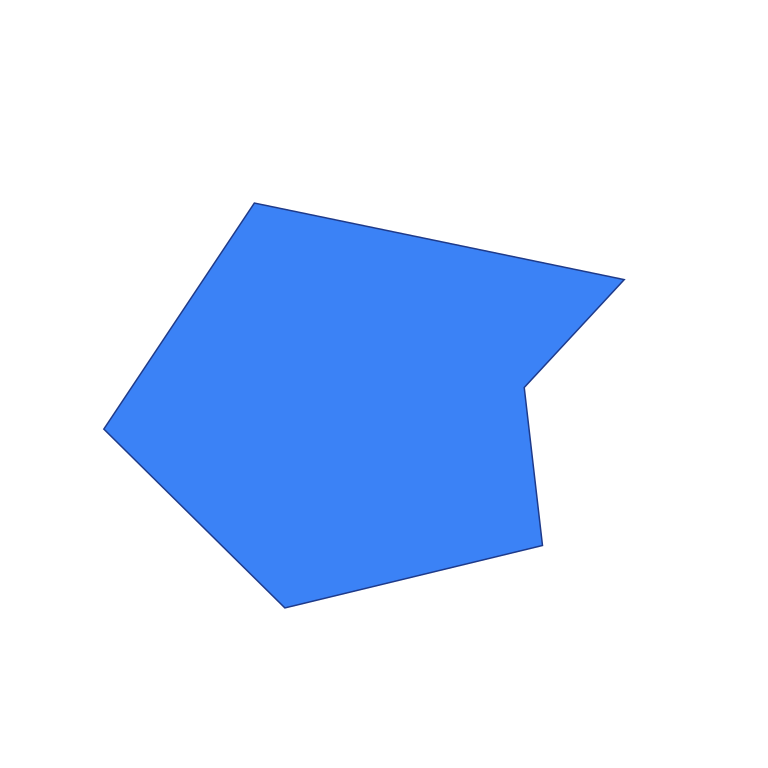 outline of Zarafshan city, Navoi, Uzbekistan, rotated 236°
{"feature_id": "79887680B3674714767305", "entity_name": "Zarafshan city", "entity_type": "district", "adm_level": 2, "iso_a3": "UZB", "parent_name": "Uzbekistan", "parent_adm1": "Navoi", "projection": "mercator", "projection_center": [64.188, 41.505], "detail": "fine", "context": "isolated", "style": "filled", "palette": "blue", "viewbox_px": 768, "rotation_deg": 236, "n_neighbors": 0, "source": "geoboundaries", "source_scale": "gbopen_adm2", "svg_char_len": 255}
<svg xmlns="http://www.w3.org/2000/svg" viewBox="0 0 768 768"><g transform="rotate(236 384 384)"><path d="M606.5,377.7L503.3,126.5L253.8,176.6L161.5,425.1L302.7,498.3L336.2,641.5L606.5,377.7Z" fill="#3b82f6" stroke="#1e3a8a" stroke-width="1.5"/></g></svg>